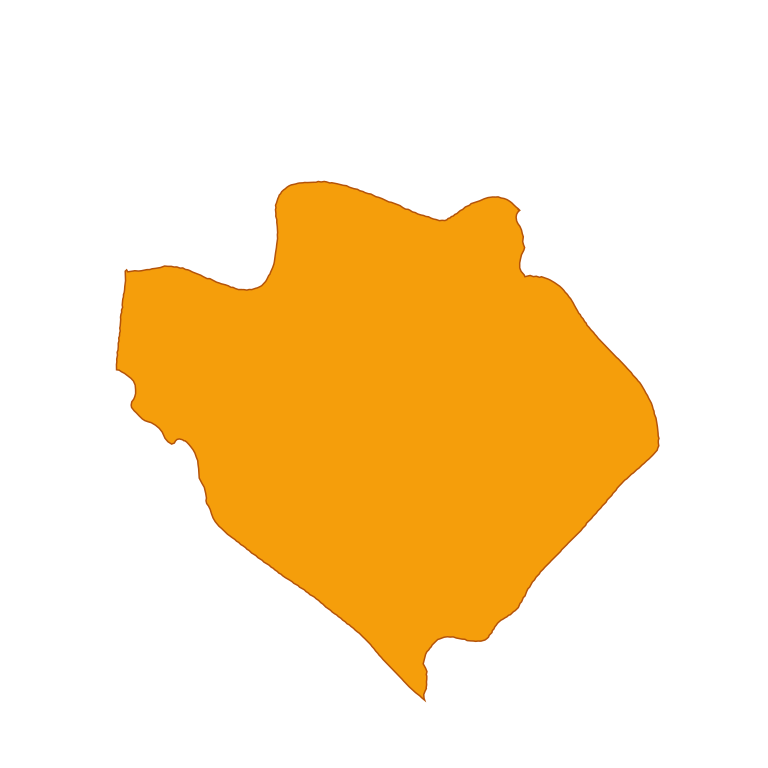 outline of Cidade De Chimoio, Manica, Mozambique, rotated 137°
{"feature_id": "85939544B35135302322965", "entity_name": "Cidade De Chimoio", "entity_type": "district", "adm_level": 2, "iso_a3": "MOZ", "parent_name": "Mozambique", "parent_adm1": "Manica", "projection": "equal_earth", "projection_center": [33.456, -19.135], "detail": "fine", "context": "isolated", "style": "filled", "palette": "amber", "viewbox_px": 768, "rotation_deg": 137, "n_neighbors": 0, "source": "geoboundaries", "source_scale": "gbopen_adm2", "svg_char_len": 6171}
<svg xmlns="http://www.w3.org/2000/svg" viewBox="0 0 768 768"><g transform="rotate(137 384 384)"><path d="M190.1,341.7L191.6,346.8L192.5,349.0L195.7,355.1L197.5,355.9L199.1,358.9L201.5,360.6L203.1,363.7L207.8,366.4L207.1,368.1L206.9,372.9L205.6,376.3L202.2,380.0L198.7,382.5L195.2,384.8L190.5,386.5L188.1,387.9L187.0,390.7L185.5,393.5L181.7,396.7L180.4,399.5L178.4,402.9L177.1,406.6L176.7,409.9L175.8,412.8L173.6,415.9L171.4,417.6L169.0,418.4L166.7,418.5L166.8,419.3L166.3,418.9L166.3,420.5L166.7,423.1L166.9,426.2L167.0,429.3L167.5,432.1L168.3,435.0L169.7,437.8L171.5,440.2L172.9,443.0L175.0,444.7L176.9,446.6L180.8,449.4L184.4,451.1L189.1,452.7L197.3,456.5L199.5,456.4L203.8,458.0L207.4,458.0L209.9,458.8L212.1,458.9L214.4,458.9L216.6,459.7L218.7,459.6L220.6,460.5L222.3,460.4L224.2,461.3L226.0,461.2L228.0,462.0L229.8,464.0L232.1,465.7L233.7,468.7L235.3,470.9L236.5,473.3L237.4,475.9L239.2,478.1L240.1,480.2L241.7,482.4L243.4,485.4L244.2,488.0L245.8,490.4L246.5,493.3L247.2,495.2L249.0,497.2L249.9,500.0L250.6,503.5L251.5,505.4L254.7,511.8L256.3,513.9L259.0,520.9L260.6,524.1L262.2,526.5L264.0,531.8L265.8,534.1L267.4,537.0L268.1,539.1L269.9,541.9L270.6,544.4L272.8,547.4L275.1,551.5L276.2,554.6L278.3,557.1L281.8,562.5L285.0,566.9L286.5,567.9L288.2,571.0L289.6,572.9L292.2,574.6L294.0,577.0L296.0,577.8L298.1,579.7L302.7,583.6L304.6,585.5L306.3,586.6L308.8,588.7L310.4,589.7L312.3,590.6L316.1,592.9L318.5,593.7L321.0,594.1L322.9,594.1L325.1,594.4L327.7,594.4L329.9,593.7L331.8,593.6L333.4,592.7L335.2,592.0L339.2,589.7L341.4,588.7L342.9,586.5L344.4,585.6L346.8,582.4L348.8,580.4L350.3,577.3L352.2,575.3L354.7,571.9L358.6,567.2L360.1,566.0L362.7,562.9L367.3,559.2L369.8,557.0L373.7,554.0L380.9,548.1L382.6,546.9L386.0,545.1L390.5,543.2L392.7,542.1L394.2,542.0L398.3,540.4L400.6,539.7L406.4,539.3L408.7,539.9L411.1,540.7L412.7,541.6L416.3,543.2L418.2,545.1L420.3,546.2L422.1,548.6L426.1,552.4L427.6,555.2L428.5,557.6L430.0,559.1L430.9,562.0L432.4,564.8L434.7,568.3L435.6,570.2L437.0,572.6L439.5,579.8L441.5,581.7L443.1,586.1L443.8,588.5L447.7,596.5L448.7,599.4L449.6,601.3L451.1,603.2L452.0,606.1L454.1,607.8L455.6,610.8L457.8,612.8L459.3,615.1L461.7,617.3L464.0,619.9L468.2,621.7L472.4,624.5L475.0,626.4L477.2,627.4L479.5,629.4L484.2,632.3L486.5,634.0L489.0,636.8L490.7,637.9L494.9,640.8L494.4,643.0L496.3,643.0L502.6,635.8L507.3,631.9L509.4,629.9L511.6,628.1L513.5,627.1L515.3,625.3L517.2,624.2L521.6,620.3L522.9,618.3L525.5,617.1L527.0,615.3L528.8,614.4L531.1,612.6L532.7,610.6L537.4,606.3L539.1,605.1L540.8,602.6L542.7,601.5L544.7,599.5L546.6,598.6L548.4,596.3L550.5,595.1L552.7,592.7L555.4,590.2L557.5,589.2L559.3,586.8L562.5,584.5L564.2,582.5L566.4,580.7L569.9,576.8L568.2,574.7L567.7,572.1L566.5,568.7L565.2,560.8L565.2,557.1L566.7,552.9L569.6,549.2L572.2,546.4L574.9,544.7L577.3,543.6L580.6,543.0L583.3,541.0L584.6,539.0L585.0,534.8L584.8,532.0L584.8,527.7L584.6,523.3L583.9,520.4L582.3,517.3L580.6,514.5L579.2,509.7L578.6,504.9L579.0,500.1L581.2,493.6L581.4,489.1L580.3,484.9L577.6,483.8L575.2,484.6L573.2,484.6L571.2,483.5L569.4,480.7L569.0,478.9L568.3,478.2L567.9,475.9L567.9,472.8L568.1,469.7L568.5,466.0L569.4,462.4L571.2,458.4L572.5,455.0L574.7,452.2L577.3,448.5L583.3,441.2L584.8,435.8L585.9,431.0L589.0,425.6L591.6,421.7L593.8,420.0L595.2,417.5L595.6,414.3L596.7,410.7L598.7,406.7L600.4,402.5L601.3,398.5L601.7,392.6L601.3,389.2L600.9,380.8L599.8,375.1L599.1,372.1L599.0,369.6L598.3,367.2L598.2,364.2L597.5,362.0L596.9,358.9L596.9,356.5L596.2,354.3L596.1,350.8L594.7,345.8L594.6,342.9L593.3,338.1L593.3,335.7L591.6,330.0L591.4,326.9L590.7,324.8L590.6,322.6L589.9,319.7L589.9,317.5L589.0,315.1L588.9,312.9L588.2,309.6L586.7,304.8L586.0,302.0L585.9,299.8L584.3,295.2L584.3,293.0L582.6,287.8L582.6,285.4L581.9,282.9L581.8,280.3L580.9,277.9L580.2,275.5L580.1,273.3L579.4,270.3L579.3,267.0L578.8,264.8L578.7,260.6L577.4,254.9L577.4,252.7L576.8,249.6L576.1,247.5L576.0,245.0L575.3,242.2L575.2,239.4L574.5,236.5L574.5,233.8L573.6,231.5L573.5,229.3L572.9,226.0L572.9,223.8L572.5,220.9L572.0,218.5L571.9,213.7L571.7,210.8L571.5,202.5L571.8,200.3L571.8,197.4L572.2,194.5L572.2,191.2L572.5,189.2L572.4,185.9L572.6,183.3L572.1,156.0L572.2,153.4L572.1,145.4L571.4,136.7L570.5,131.6L570.4,128.8L569.9,125.0L569.1,126.8L566.7,129.8L563.6,131.3L560.7,132.4L560.2,133.2L558.0,134.9L556.1,137.2L554.1,138.9L551.9,141.2L551.3,142.6L548.7,144.4L547.4,147.8L546.2,152.6L537.8,158.0L535.1,159.0L532.7,159.0L530.8,159.5L528.7,159.6L526.8,160.3L518.9,160.5L517.3,159.7L512.7,157.8L510.0,155.9L508.3,153.9L505.8,151.8L504.4,149.0L500.9,144.2L498.9,142.1L498.2,139.7L495.7,136.9L494.0,135.2L492.4,133.2L490.7,132.0L488.4,129.8L484.7,127.9L482.1,127.6L480.2,127.6L478.4,128.5L474.6,128.6L472.9,129.8L471.0,129.8L468.6,130.8L466.3,131.1L464.1,131.6L461.9,131.6L459.6,131.5L457.4,130.9L455.0,130.5L452.7,129.9L450.6,129.9L448.9,129.1L444.6,129.2L442.7,128.8L438.2,128.9L434.1,130.8L431.9,130.9L427.8,132.8L425.5,132.8L420.9,135.1L418.3,136.1L416.1,136.1L410.5,138.0L407.5,138.1L404.6,139.0L399.9,139.2L397.9,139.9L393.8,140.0L391.5,140.3L384.3,140.5L382.4,140.7L369.1,141.1L367.1,141.6L359.8,141.8L358.1,142.0L339.8,142.5L337.1,143.0L333.0,143.1L330.7,144.1L323.7,144.2L321.4,144.7L317.0,144.8L314.2,145.4L309.9,145.5L307.5,146.0L302.3,146.1L299.8,147.0L293.4,147.2L291.2,147.9L286.7,148.1L284.6,148.8L282.2,149.0L277.9,149.2L275.5,149.4L273.4,149.5L271.0,149.1L264.6,149.3L262.2,148.9L257.4,149.0L255.0,148.6L250.5,148.8L247.9,148.6L244.0,148.7L241.7,148.5L235.5,148.7L229.3,149.3L227.4,150.5L225.2,151.4L223.5,153.9L221.8,155.7L220.1,156.6L218.8,159.1L217.1,161.1L213.1,166.4L208.3,173.6L206.7,177.8L205.0,180.1L204.3,182.1L202.8,184.8L201.5,187.7L200.1,193.2L199.2,195.8L198.6,199.0L197.8,201.8L196.5,207.6L196.0,210.7L196.1,212.9L195.8,215.5L195.9,220.8L195.4,223.7L195.5,229.4L195.4,231.8L195.5,242.6L195.8,244.8L196.2,271.2L195.9,274.1L195.9,276.5L195.6,278.7L195.7,282.9L195.4,285.7L195.5,288.4L194.6,290.8L194.7,292.8L193.9,295.9L193.9,298.8L193.2,300.8L193.3,302.9L192.5,305.8L191.8,308.9L191.0,312.1L190.4,314.1L189.3,319.3L189.3,321.6L188.8,324.6L188.9,327.7L188.6,330.0L188.6,332.6L188.8,335.6L190.1,341.7Z" fill="#f59e0b" stroke="#b45309" stroke-width="1.5"/></g></svg>